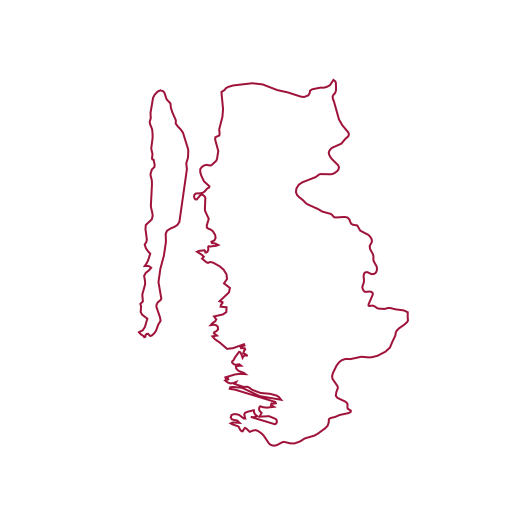 the border of Kalmar, rotated 159°
{"feature_id": "SWE-180", "entity_name": "Kalmar", "entity_type": "County", "adm_level": 1, "iso_a3": "SWE", "parent_name": "Sweden", "parent_adm1": "", "projection": "robinson", "projection_center": [16.294, 57.172], "detail": "fine", "context": "isolated", "style": "outline", "palette": "rose", "viewbox_px": 512, "rotation_deg": 159, "n_neighbors": 0, "source": "natural_earth", "source_scale": "10m", "svg_char_len": 6118}
<svg xmlns="http://www.w3.org/2000/svg" viewBox="0 0 512 512"><g transform="rotate(159 256 256)"><path d="M324.9,94.1L326.6,97.8L327.9,99.5L329.6,98.6L331.2,97.1L332.3,97.6L333.1,99.5L333.3,102.6L334.2,103.8L338.3,107.2L339.6,108.8L337.0,108.8L331.1,106.1L332.5,109.1L337.0,112.0L337.5,114.2L335.9,116.3L333.3,116.3L330.6,115.1L328.6,113.5L325.6,108.6L324.3,108.1L323.8,112.1L322.5,113.5L319.4,113.6L313.3,112.8L313.8,111.1L313.8,109.4L313.3,107.7L312.2,106.1L315.6,106.2L318.5,107.6L298.7,92.2L297.3,92.3L296.1,93.4L295.5,95.2L295.9,96.5L297.1,97.9L301.3,101.8L310.2,104.7L307.0,107.6L308.0,109.6L308.2,111.4L307.5,113.0L306.0,114.2L303.1,112.0L300.1,110.5L293.4,108.8L295.5,111.4L294.4,112.8L293.3,112.1L290.3,111.4L290.3,112.8L323.3,138.6L328.1,141.4L327.1,142.7L324.5,142.0L317.1,138.4L315.0,136.7L302.8,123.9L284.1,112.8L285.3,116.4L287.1,118.6L292.3,122.3L301.0,126.6L307.6,132.5L309.7,135.8L310.9,137.0L314.5,138.2L321.7,144.1L319.7,145.5L322.9,145.5L325.7,146.3L327.8,148.1L329.4,150.8L326.0,150.8L326.0,152.2L328.1,152.2L328.1,153.7L317.8,152.9L313.1,151.7L308.2,149.5L309.3,151.3L313.4,154.9L314.8,158.0L314.5,159.7L312.5,160.0L309.2,158.9L310.5,161.0L314.1,161.7L315.6,163.0L316.5,165.4L315.8,166.3L314.3,166.8L311.5,169.2L306.1,172.6L305.2,171.8L304.9,170.0L305.0,165.8L303.8,166.8L302.4,167.1L301.0,166.8L299.6,165.8L301.1,168.1L302.9,169.7L300.7,172.1L299.6,172.6L299.6,173.9L303.0,175.3L303.0,176.6L298.8,176.6L298.8,177.9L310.7,178.2L316.3,179.7L320.7,187.9L324.2,193.1L325.5,196.6L321.0,195.7L323.0,199.0L322.1,199.9L319.9,200.0L317.8,201.1L317.0,203.5L317.9,205.5L320.0,207.0L323.0,207.7L320.5,209.0L317.6,209.6L315.8,211.0L316.8,214.6L307.7,213.3L303.8,214.3L301.9,218.7L307.2,221.4L305.8,223.2L304.2,224.0L303.8,224.9L306.2,226.8L294.3,231.7L291.8,235.5L295.7,241.9L291.3,244.9L290.1,249.6L291.2,254.9L293.6,259.4L298.1,264.8L299.8,266.2L301.4,266.9L303.3,266.7L304.7,268.2L307.3,272.9L305.0,274.0L306.0,276.3L309.5,281.1L307.5,281.2L302.0,279.8L301.8,279.2L302.0,277.4L300.9,277.1L299.9,277.3L298.3,278.9L297.3,281.8L296.7,282.1L295.5,281.3L289.3,279.8L287.3,279.8L289.7,282.4L292.5,283.8L292.5,285.3L289.4,285.4L287.3,287.2L286.6,290.4L287.4,294.6L288.9,297.0L290.7,298.6L291.7,300.1L291.0,302.2L286.8,307.6L287.4,316.4L286.8,318.4L282.6,328.0L282.5,329.8L283.7,332.0L285.7,333.0L291.0,330.0L292.4,330.7L292.8,332.3L292.3,334.1L291.5,335.3L289.7,335.9L285.5,334.5L283.2,334.1L280.8,334.6L277.6,336.4L275.2,336.8L274.5,337.8L277.8,344.3L278.3,350.7L278.0,354.3L276.9,357.1L274.9,358.4L272.2,359.1L269.7,358.9L266.0,356.7L264.0,357.1L258.9,359.2L257.5,360.8L253.6,367.5L252.4,379.4L251.4,381.4L247.0,381.7L246.0,383.6L245.0,387.4L237.5,397.9L234.1,405.0L229.5,421.5L225.7,422.3L224.1,423.4L221.0,423.8L216.2,423.4L197.5,418.6L188.3,413.8L176.6,403.2L167.9,397.5L157.0,388.7L154.1,387.2L149.6,387.2L147.5,388.9L146.3,390.9L143.8,391.5L135.6,390.1L132.3,388.8L129.4,388.5L125.9,388.9L120.6,392.6L119.4,390.6L119.4,389.0L121.6,382.7L122.7,380.9L124.1,379.6L125.9,378.8L127.3,377.4L127.9,375.3L127.9,371.8L129.6,353.8L128.6,347.3L125.5,338.1L125.8,336.0L126.9,334.7L130.7,333.3L136.0,330.3L145.6,329.8L147.6,329.3L149.6,328.1L150.9,326.7L151.4,324.8L151.2,322.2L150.4,319.3L146.8,311.3L146.7,309.2L147.7,307.6L149.5,306.2L153.9,305.1L156.7,305.4L166.2,309.3L167.8,309.5L171.9,308.3L185.9,308.2L190.4,307.3L194.1,304.5L195.8,301.4L195.8,298.3L194.7,295.6L192.1,291.2L190.7,287.8L189.6,286.0L181.0,277.3L178.2,273.7L171.5,268.8L170.4,267.5L169.2,264.2L167.5,263.3L159.0,260.6L156.7,259.0L155.7,256.5L155.8,253.6L155.5,251.9L154.4,250.5L150.5,248.2L149.6,242.3L143.4,235.3L142.4,232.7L142.0,230.3L142.4,228.5L142.9,227.5L146.3,224.6L147.0,221.7L146.2,215.8L146.4,213.9L147.9,210.0L147.9,208.3L147.1,202.9L147.8,200.2L149.2,198.2L150.8,197.2L152.4,197.0L154.7,197.7L157.7,200.9L158.9,201.4L160.2,201.5L161.5,200.7L162.8,198.7L163.7,195.2L164.6,193.0L167.8,189.1L168.2,187.1L168.0,185.1L167.4,183.8L166.2,183.1L162.6,182.1L161.1,181.1L160.3,179.5L160.9,178.0L168.1,170.7L168.7,169.4L168.2,168.7L164.8,167.9L162.9,166.0L161.8,164.1L160.5,163.0L155.0,160.5L151.0,160.1L149.3,159.3L144.5,156.0L137.6,152.3L134.5,149.1L136.3,144.6L137.2,141.4L138.5,140.2L141.8,138.9L148.4,137.2L151.2,136.0L153.0,134.4L154.4,131.8L159.1,127.4L163.8,122.5L169.4,120.3L178.3,119.3L184.2,120.0L187.0,120.9L193.8,124.2L204.7,125.9L209.3,127.8L213.0,128.0L216.1,127.2L220.1,124.8L226.2,119.1L228.0,116.6L228.6,113.9L226.5,105.1L226.9,103.4L229.9,100.0L231.6,96.8L230.7,94.2L225.1,88.4L224.0,86.7L223.6,85.0L224.9,81.9L225.1,80.6L222.9,77.7L223.5,76.5L225.9,76.2L234.9,77.6L239.8,77.4L244.5,78.0L246.4,77.6L247.9,74.3L250.1,71.8L253.0,70.4L262.3,67.9L266.0,67.4L275.9,68.2L281.2,67.1L287.1,67.2L290.6,68.5L296.6,72.5L298.3,72.7L304.0,72.0L306.4,72.2L308.5,73.2L310.1,74.6L311.1,76.4L313.2,85.6L314.4,88.3L316.6,91.6L318.6,93.5L320.9,94.1L324.9,94.1ZM392.6,226.8L388.4,227.2L385.1,229.6L379.9,236.4L383.4,242.1L383.7,245.1L381.3,250.2L381.2,252.7L377.9,254.1L376.0,260.7L369.6,269.4L368.6,272.3L367.6,277.5L364.9,279.8L361.5,280.8L358.1,282.5L359.0,284.2L360.3,285.4L363.5,286.5L360.5,288.6L358.2,290.7L353.9,296.1L355.0,298.7L356.0,302.8L355.8,306.6L353.4,308.3L352.0,310.5L349.5,320.9L347.7,324.5L340.2,327.5L338.2,330.3L337.6,332.1L336.4,340.0L327.4,360.3L326.1,364.2L325.6,368.8L325.0,370.5L322.2,374.1L318.9,375.5L318.0,377.2L317.1,382.6L318.1,383.2L318.2,384.2L316.1,388.3L315.3,393.9L310.1,403.5L308.6,407.7L307.6,411.4L307.6,417.5L307.1,419.5L304.9,422.3L303.2,427.4L295.4,440.6L292.6,443.0L289.1,444.7L285.8,444.9L283.3,442.6L283.0,440.9L283.3,434.4L281.2,429.0L282.4,424.7L282.6,419.8L282.2,411.4L283.5,408.3L282.5,404.8L280.9,401.0L280.0,397.2L281.1,380.2L281.6,378.3L284.3,372.1L287.9,367.5L289.4,361.8L315.3,315.3L318.0,313.3L321.2,312.5L326.0,312.3L330.1,311.4L332.4,309.0L335.0,301.5L341.9,289.3L349.9,278.3L356.4,266.6L359.7,250.0L361.1,249.0L364.4,247.9L366.4,246.0L367.2,244.3L367.6,233.1L368.3,229.7L371.7,227.1L376.4,221.8L378.9,220.2L381.8,219.1L383.4,219.2L384.7,222.1L386.0,222.4L387.4,221.8L388.3,220.2L389.4,220.2L389.4,221.0L391.8,224.6L392.6,226.8Z" fill="none" stroke="#9f1239" stroke-width="2"/></g></svg>